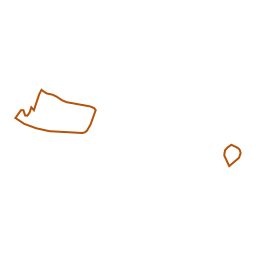 map outline of Ajman (Albers equal-area conic projection)
{"feature_id": "ARE-346", "entity_name": "Ajman", "entity_type": "Emirate", "adm_level": 1, "iso_a3": "ARE", "parent_name": "United Arab Emirates", "parent_adm1": "", "projection": "albers", "projection_center": [55.668, 25.371], "detail": "fine", "context": "isolated", "style": "outline", "palette": "amber", "viewbox_px": 256, "rotation_deg": 0, "n_neighbors": 0, "source": "natural_earth", "source_scale": "10m", "svg_char_len": 631}
<svg xmlns="http://www.w3.org/2000/svg" viewBox="0 0 256 256"><path d="M15.4,118.0L21.0,110.2L23.4,110.2L25.1,115.4L27.3,115.7L29.6,112.5L31.3,107.3L33.9,110.2L39.2,94.3L41.5,89.9L41.6,90.0L41.9,90.2L46.5,93.4L52.6,94.7L56.5,96.6L62.3,100.4L66.7,102.2L90.0,106.4L94.0,108.0L95.7,110.1L90.6,124.4L87.0,130.6L84.8,132.4L82.2,133.0L49.5,131.2L36.0,128.2L24.3,123.9L15.6,118.1L15.4,118.0L15.4,118.0ZM231.4,144.8L236.8,147.4L238.0,148.1L239.0,149.0L239.8,150.2L240.3,151.7L240.6,153.3L239.0,157.8L229.2,166.1L224.3,155.6L224.5,153.1L225.1,150.2L226.9,148.2L228.3,146.9L231.4,144.8Z" fill="none" stroke="#b45309" stroke-width="2"/></svg>